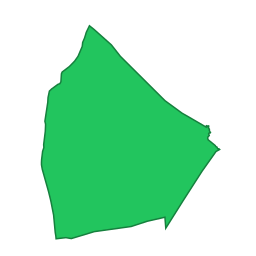 outline of YobokiI, Dikhil, Djibouti, rotated 355°
{"feature_id": "41766387B74076707162819", "entity_name": "YobokiI", "entity_type": "district", "adm_level": 2, "iso_a3": "DJI", "parent_name": "Djibouti", "parent_adm1": "Dikhil", "projection": "equal_earth", "projection_center": [42.146, 11.584], "detail": "fine", "context": "isolated", "style": "filled", "palette": "green", "viewbox_px": 256, "rotation_deg": 355, "n_neighbors": 0, "source": "geoboundaries", "source_scale": "gbopen_adm2", "svg_char_len": 1098}
<svg xmlns="http://www.w3.org/2000/svg" viewBox="0 0 256 256"><g transform="rotate(355 128 128)"><path d="M98.5,22.8L94.8,29.0L93.5,32.3L92.4,34.9L90.3,38.8L89.5,42.8L84.5,52.2L80.7,56.7L75.6,61.1L74.9,61.7L67.3,66.5L66.4,68.2L65.2,76.1L64.0,77.9L62.0,78.4L55.1,82.6L54.8,82.9L52.9,84.4L51.0,90.7L50.3,95.6L50.1,96.3L45.8,114.0L46.2,116.9L46.1,118.1L45.3,124.2L42.5,137.4L42.5,140.1L40.9,143.8L39.2,151.9L38.8,154.8L38.6,157.1L39.0,161.6L43.3,184.4L44.5,192.1L44.9,195.1L46.3,208.3L46.4,225.6L46.7,229.5L46.7,230.1L46.7,232.1L56.6,231.8L61.9,233.2L85.3,228.3L122.6,226.4L138.8,222.6L157.0,220.1L156.9,231.1L176.4,205.4L198.0,177.5L213.6,159.1L217.4,157.4L216.8,156.7L215.5,156.4L214.9,154.7L213.9,154.2L213.4,153.1L206.8,146.7L206.5,145.3L206.8,143.9L208.3,142.6L207.8,140.8L208.2,140.2L209.6,140.0L209.8,139.5L209.3,139.1L208.8,137.3L209.0,136.3L208.8,136.0L208.2,135.2L208.6,133.1L208.0,132.8L207.1,133.5L206.5,132.6L206.1,132.8L205.9,133.9L205.3,133.5L193.4,125.1L183.2,118.0L167.2,104.0L126.6,55.9L118.7,43.8L102.8,26.9L98.5,22.8Z" fill="#22c55e" stroke="#15803d" stroke-width="1.5"/></g></svg>